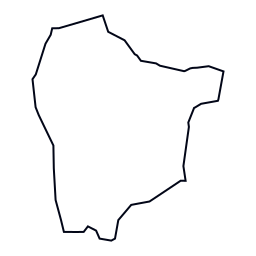 outline of Eket, Akwa Ibom, Nigeria
{"feature_id": "59680162B97039944509950", "entity_name": "Eket", "entity_type": "district", "adm_level": 2, "iso_a3": "NGA", "parent_name": "Nigeria", "parent_adm1": "Akwa Ibom", "projection": "robinson", "projection_center": [7.954, 4.641], "detail": "fine", "context": "isolated", "style": "outline", "palette": "ink", "viewbox_px": 256, "rotation_deg": 0, "n_neighbors": 0, "source": "geoboundaries", "source_scale": "gbopen_adm2", "svg_char_len": 720}
<svg xmlns="http://www.w3.org/2000/svg" viewBox="0 0 256 256"><path d="M185.6,180.8L183.4,166.1L183.6,164.6L188.9,126.9L188.3,122.5L194.1,107.9L195.0,107.5L201.1,103.8L217.9,100.8L218.4,99.4L223.5,71.4L208.7,66.2L197.2,67.7L192.7,67.9L190.2,68.4L185.2,70.9L184.1,71.2L159.9,65.7L156.1,63.4L140.9,60.8L137.1,55.5L134.7,54.2L124.6,40.3L108.2,31.8L102.7,15.4L62.7,27.1L58.9,28.2L52.2,28.3L50.7,34.8L45.5,43.7L35.8,74.4L32.5,79.2L35.6,107.2L38.7,115.0L43.5,125.0L53.4,145.5L53.8,168.3L55.6,200.0L61.0,220.0L63.9,231.9L76.5,232.0L83.7,231.9L87.9,226.4L96.1,230.6L99.6,238.6L111.3,240.6L115.0,238.6L118.3,220.1L131.2,204.9L137.0,203.8L149.5,201.5L180.7,180.7L185.6,180.8Z" fill="none" stroke="#020617" stroke-width="2"/></svg>